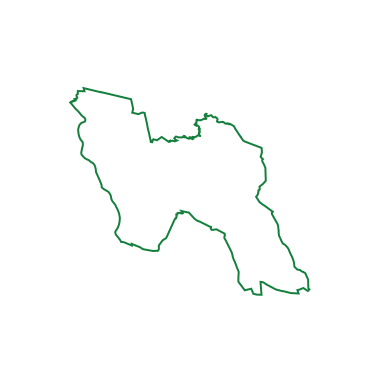 Zaņas pag., Saldus, Latvia, rotated 29°
{"feature_id": "27541924B45294265092973", "entity_name": "Zaņas pag.", "entity_type": "district", "adm_level": 2, "iso_a3": "LVA", "parent_name": "Latvia", "parent_adm1": "Saldus", "projection": "natural_earth1", "projection_center": [22.206, 56.482], "detail": "fine", "context": "isolated", "style": "outline", "palette": "green", "viewbox_px": 384, "rotation_deg": 29, "n_neighbors": 0, "source": "geoboundaries", "source_scale": "gbopen_adm2", "svg_char_len": 5857}
<svg xmlns="http://www.w3.org/2000/svg" viewBox="0 0 384 384"><g transform="rotate(29 192 192)"><path d="M231.5,119.7L214.1,122.2L212.1,122.3L208.0,120.3L208.0,120.2L207.9,120.2L203.7,118.1L203.4,117.9L200.4,116.4L198.2,115.1L196.8,114.1L193.0,114.0L192.6,114.2L192.4,114.0L191.9,114.1L191.2,114.5L190.9,114.5L191.0,114.8L190.8,114.8L190.5,114.7L189.7,114.9L189.3,115.2L189.3,115.4L189.2,115.4L188.9,115.6L188.6,115.5L188.4,115.8L188.2,115.8L187.9,116.0L187.4,116.0L185.9,115.6L185.3,115.6L185.0,115.8L184.8,116.1L184.1,116.2L181.9,118.0L180.2,118.3L179.9,118.3L179.6,118.1L179.3,116.9L179.3,116.4L179.0,115.9L178.3,115.4L177.3,115.3L176.8,115.2L176.5,115.2L176.1,115.1L175.9,115.5L175.5,115.7L174.4,116.3L174.1,116.3L173.1,116.1L172.1,115.7L171.9,115.5L171.7,115.5L171.2,116.0L170.3,116.7L169.9,117.3L169.1,118.2L167.7,118.0L166.9,117.6L166.8,117.3L166.8,116.6L166.6,116.6L166.4,116.7L166.1,117.2L165.9,117.5L165.8,117.8L165.8,118.3L166.2,119.2L166.7,119.6L168.9,120.8L169.0,121.0L168.7,121.4L166.7,122.4L166.3,123.2L164.9,124.9L163.9,125.6L162.5,126.1L161.2,126.4L161.0,126.6L161.1,126.9L161.6,127.4L161.5,127.8L161.9,128.1L162.0,128.6L162.2,129.1L161.9,129.7L162.0,129.8L162.6,130.1L162.9,130.3L163.1,131.0L162.8,131.3L161.8,131.2L161.6,131.4L161.5,131.7L161.9,131.9L163.4,132.0L163.9,131.9L164.4,131.4L164.9,131.1L165.7,131.3L166.5,131.6L166.8,131.9L166.9,132.6L167.0,132.7L167.9,132.8L167.9,133.0L167.4,133.5L167.4,133.8L167.7,133.9L168.2,133.8L168.6,133.8L168.7,134.1L168.4,134.5L168.5,134.8L168.7,135.1L169.5,135.5L169.8,135.7L169.7,136.0L169.2,136.4L169.2,136.5L169.6,137.0L169.9,137.4L169.8,137.8L169.9,138.2L170.1,138.3L170.5,138.5L171.6,138.7L171.7,138.9L171.8,139.1L171.5,139.2L169.9,139.5L169.4,139.9L169.2,140.7L168.2,142.4L168.0,142.7L167.1,142.9L166.9,143.4L166.7,143.6L166.2,143.4L165.9,143.4L165.8,143.5L166.0,144.0L166.8,144.5L167.1,144.7L166.6,145.1L166.7,145.5L166.1,145.6L165.7,145.4L164.8,145.6L164.5,145.4L164.5,145.0L164.4,144.9L164.1,144.9L163.7,145.0L163.3,145.3L163.3,145.9L163.8,146.3L163.9,146.5L163.4,146.9L161.2,147.3L160.0,147.1L158.4,146.6L158.1,146.8L158.0,147.1L158.5,147.6L158.6,147.8L158.3,147.9L157.8,147.5L157.5,147.4L157.4,148.0L157.5,148.4L157.0,149.0L153.7,150.8L152.2,150.9L150.9,151.5L150.5,153.6L152.3,154.3L153.9,154.2L152.5,156.0L150.2,156.5L148.9,157.6L148.3,157.4L147.6,158.2L148.1,158.9L147.5,159.4L138.8,158.6L136.3,163.7L132.6,164.6L132.5,165.0L132.8,166.7L132.7,166.7L133.1,167.7L131.8,168.2L125.7,161.2L122.2,157.4L119.6,154.2L115.0,149.0L114.8,148.9L113.3,147.3L113.3,147.1L112.2,145.8L110.1,146.5L107.3,149.9L101.3,151.6L100.4,148.5L100.5,148.4L99.9,147.5L98.4,145.7L93.7,140.4L64.1,148.7L64.1,148.9L46.8,153.7L49.1,156.0L43.2,159.1L44.6,161.5L43.9,162.8L44.4,164.0L45.9,165.0L45.8,166.8L45.7,166.9L45.1,166.9L45.1,167.1L44.7,167.4L45.2,167.5L45.3,167.7L45.4,168.0L45.6,168.3L45.1,168.6L45.3,168.7L45.2,168.8L45.5,168.8L45.3,169.2L45.1,169.1L44.9,169.3L44.9,169.6L44.3,169.8L44.4,170.0L44.1,170.3L43.8,170.3L43.3,170.5L43.3,170.9L43.5,171.0L43.3,171.5L42.6,171.8L42.7,172.1L42.3,172.2L42.1,172.8L43.8,173.3L49.8,175.7L51.1,176.0L53.6,176.7L58.8,178.7L62.3,179.3L63.2,179.9L63.8,180.7L64.2,182.1L63.5,183.2L62.2,184.6L61.8,185.3L61.6,185.7L61.1,187.8L61.4,189.9L62.0,192.2L63.0,194.0L65.0,196.6L66.8,198.5L69.0,200.1L71.7,201.2L72.5,201.7L73.6,203.6L74.2,204.8L74.4,206.3L76.0,211.1L76.5,212.0L77.4,212.9L79.5,213.7L81.9,214.4L84.2,214.4L86.4,214.2L88.4,214.7L89.6,214.8L91.0,214.7L92.0,215.0L93.9,215.8L96.6,218.5L98.4,221.1L105.7,226.6L109.4,229.6L110.8,231.7L113.2,232.2L118.9,232.4L121.2,233.5L122.8,234.7L124.5,236.8L125.7,237.9L127.0,238.7L131.1,240.4L132.8,241.7L135.0,243.1L138.6,246.1L141.5,249.7L143.0,253.0L143.9,255.8L144.4,259.1L144.3,261.8L144.1,263.3L144.4,264.5L145.6,265.8L147.0,266.6L148.3,267.0L152.1,268.7L153.8,269.6L154.2,270.0L155.8,269.3L155.9,269.2L157.1,268.9L165.3,268.0L164.4,266.6L169.2,266.0L169.3,266.1L169.5,266.0L173.6,265.5L176.2,265.8L177.3,265.6L179.2,265.0L186.2,262.6L187.4,262.0L189.8,260.4L190.6,260.1L190.8,259.4L190.8,258.5L190.3,257.3L189.2,255.4L189.0,254.9L189.0,254.3L189.7,248.7L190.3,247.4L191.4,245.6L191.6,245.0L191.7,243.4L191.3,238.8L190.1,224.0L190.4,223.7L190.4,222.4L190.7,222.4L190.5,221.1L189.2,219.4L190.1,218.8L189.5,217.5L190.7,216.5L193.3,215.8L194.2,215.3L194.3,215.0L193.6,214.6L191.9,213.8L197.9,212.0L199.2,211.5L207.3,214.2L210.7,214.6L211.0,214.4L214.2,214.1L223.4,213.7L223.8,213.8L225.6,213.3L226.0,214.8L227.6,215.6L231.5,212.8L240.8,212.6L241.2,213.3L241.8,213.9L241.8,214.6L242.4,216.3L243.3,217.1L244.6,217.7L255.9,225.5L258.1,227.7L258.5,228.2L258.6,228.4L259.7,229.5L261.4,231.0L262.9,232.0L265.2,233.9L267.7,236.1L271.6,239.2L273.0,242.2L275.4,246.9L276.1,248.0L285.8,252.4L288.7,249.7L290.1,248.5L290.7,247.9L295.1,251.3L298.7,250.2L302.6,248.2L295.5,237.4L296.8,236.8L298.0,236.5L299.3,236.5L302.6,236.8L311.9,236.6L313.0,236.5L317.6,235.3L321.7,234.0L327.6,232.4L334.4,229.1L331.8,226.7L333.8,224.7L335.8,222.1L336.1,222.0L341.3,222.4L341.9,220.3L340.5,219.8L340.3,219.6L336.0,212.3L330.3,208.0L328.7,208.1L328.2,207.9L327.3,208.2L325.9,208.2L324.6,207.9L324.1,207.9L322.7,208.5L321.6,208.7L318.0,207.8L317.8,207.6L314.9,203.7L311.7,200.8L306.5,197.1L304.5,195.4L302.4,194.2L299.0,193.1L296.3,193.0L293.7,191.3L292.5,190.3L289.2,187.9L287.7,185.9L286.4,183.6L284.7,181.4L284.0,180.1L283.1,179.3L282.1,178.4L274.6,173.8L272.7,172.6L271.9,171.6L272.3,170.1L262.1,168.8L259.9,168.7L255.8,168.1L255.6,167.9L250.4,165.1L250.7,163.2L250.7,162.6L250.8,162.4L249.9,159.6L250.0,159.5L249.3,158.4L250.0,157.2L249.7,156.3L249.2,155.8L248.5,154.6L250.1,150.6L251.1,146.5L249.6,143.9L244.4,135.2L242.0,133.4L241.3,132.8L239.1,131.5L238.2,130.5L237.8,130.0L237.8,129.7L238.1,128.9L235.4,128.2L234.9,127.8L234.5,125.7L234.0,123.6L232.8,121.6L232.3,121.0L231.7,119.9L231.5,119.7Z" fill="none" stroke="#15803d" stroke-width="2"/></g></svg>